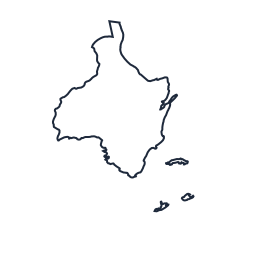 Ilha De Moçambique, Nampula, Mozambique, rotated 51°
{"feature_id": "85939544B37446089230364", "entity_name": "Ilha De Moçambique", "entity_type": "district", "adm_level": 2, "iso_a3": "MOZ", "parent_name": "Mozambique", "parent_adm1": "Nampula", "projection": "equal_earth", "projection_center": [40.649, -15.056], "detail": "fine", "context": "isolated", "style": "outline", "palette": "slate", "viewbox_px": 256, "rotation_deg": 51, "n_neighbors": 0, "source": "geoboundaries", "source_scale": "gbopen_adm2", "svg_char_len": 5876}
<svg xmlns="http://www.w3.org/2000/svg" viewBox="0 0 256 256"><g transform="rotate(51 128 128)"><path d="M91.9,189.6L93.0,190.0L93.7,190.1L94.1,189.7L94.0,188.4L95.1,183.6L95.5,182.7L96.5,181.0L97.1,180.3L97.8,179.9L98.6,179.8L99.1,180.4L99.4,180.1L99.3,179.0L100.2,178.4L101.0,176.5L101.7,175.7L103.0,174.8L103.1,174.6L103.7,174.4L104.9,174.4L105.8,173.8L106.6,172.8L106.8,171.9L106.5,170.5L106.7,170.1L107.4,169.5L107.8,167.7L108.2,166.8L109.8,164.8L111.0,163.1L111.7,161.5L113.2,159.5L114.3,158.7L116.0,157.9L116.5,157.0L117.3,156.6L121.2,155.8L121.5,156.0L121.6,156.7L121.9,157.1L123.5,159.2L124.2,159.9L125.5,160.1L126.6,160.1L127.6,159.7L128.4,159.1L128.8,158.4L129.1,158.1L129.5,158.1L130.0,158.5L131.2,158.4L131.5,158.7L131.6,159.0L131.6,159.5L130.7,160.4L130.4,160.9L130.2,161.8L131.9,161.3L132.4,160.8L133.2,160.3L133.9,160.2L134.7,160.4L135.0,161.0L135.1,161.4L135.2,161.8L135.7,162.2L135.7,162.6L135.2,163.1L134.8,163.6L135.2,164.3L135.7,164.3L136.7,163.8L137.3,163.1L137.5,162.1L138.0,161.1L138.3,161.0L139.1,161.6L139.3,162.5L139.0,162.9L138.8,163.7L138.1,164.7L138.3,165.5L139.5,165.0L140.2,164.9L140.9,165.3L141.4,165.7L143.0,165.6L143.9,164.7L144.9,164.5L146.2,161.8L146.6,161.6L148.1,161.7L149.5,161.3L150.3,161.2L154.1,159.9L154.6,160.1L154.7,160.7L155.1,161.2L155.7,161.3L156.5,161.2L159.7,159.5L161.1,158.1L161.8,157.6L162.0,157.1L162.6,156.8L164.2,157.0L164.8,157.6L165.4,157.5L166.0,157.0L167.6,157.0L168.4,156.5L169.1,155.9L169.6,155.1L169.8,154.0L170.6,152.3L170.5,152.1L169.3,152.2L169.1,151.3L169.1,150.1L169.2,148.9L169.8,147.1L170.3,146.3L170.1,145.0L168.7,141.8L167.6,140.0L166.8,138.2L165.7,137.0L164.9,136.5L164.2,136.3L163.5,136.5L163.0,136.2L161.7,133.3L161.3,131.7L159.3,128.0L158.6,125.5L158.4,124.3L158.5,122.1L159.4,120.8L160.5,120.2L161.1,120.0L161.5,119.5L161.6,118.8L161.3,118.2L160.1,118.0L159.6,117.6L159.4,116.9L159.7,115.9L159.8,114.2L159.8,111.0L159.5,108.5L158.6,106.6L157.8,105.9L157.1,105.4L156.5,105.5L156.2,106.1L155.1,106.0L154.3,105.8L152.1,104.5L151.7,104.1L151.2,102.9L150.7,102.2L149.0,100.8L147.6,99.3L146.1,97.5L145.5,96.5L144.2,95.1L142.8,92.6L142.0,90.4L139.8,86.7L139.4,85.5L138.8,84.5L138.4,83.4L137.1,81.3L136.2,80.4L134.9,79.5L134.8,79.0L134.6,75.9L134.3,72.8L133.6,69.5L133.2,69.3L132.7,69.3L132.5,69.6L132.3,70.2L131.9,73.2L132.1,74.8L132.9,77.3L133.2,78.8L133.9,80.3L134.0,81.1L133.3,83.5L133.4,85.3L134.4,86.6L134.5,87.4L134.4,89.1L134.1,90.3L134.2,90.9L133.9,91.2L132.8,89.3L132.0,88.6L131.7,88.0L131.6,86.3L131.1,84.4L130.6,84.3L130.1,84.9L129.3,85.2L128.8,85.0L128.8,84.5L129.4,83.7L129.6,83.1L129.7,82.2L129.6,81.0L129.1,79.0L127.7,76.6L127.2,75.9L126.5,74.5L125.9,74.0L125.2,72.8L124.7,72.5L123.3,72.5L122.3,71.6L122.3,71.2L122.0,70.9L121.3,70.7L121.0,70.3L120.7,69.6L120.1,68.8L119.5,68.4L117.1,68.0L114.4,66.1L113.5,65.9L112.9,66.3L112.4,66.8L111.8,67.6L111.0,70.1L110.0,72.2L109.5,74.4L108.9,75.0L107.8,74.7L107.1,77.8L106.7,78.3L105.6,81.2L104.2,82.5L103.7,82.8L94.6,84.4L93.8,84.9L92.4,84.9L92.0,84.7L90.5,84.4L89.5,83.8L86.4,83.9L84.4,84.4L83.9,84.8L82.9,85.0L80.2,86.2L76.0,86.8L71.8,87.0L66.8,86.7L66.4,86.5L66.0,86.5L63.6,85.5L62.2,84.7L61.8,84.2L60.9,83.5L60.5,82.8L59.9,82.6L59.3,81.8L58.7,81.3L57.2,78.9L56.2,76.7L54.3,74.5L52.5,72.9L50.5,71.9L49.4,71.7L48.4,71.3L47.9,71.3L47.0,70.8L46.5,70.8L44.3,69.7L43.8,69.7L42.8,69.3L41.8,69.1L40.8,68.2L33.3,75.3L47.6,82.5L45.2,84.7L44.9,85.3L44.4,85.7L44.2,86.4L43.3,87.4L42.4,88.7L41.6,90.6L41.0,92.9L40.5,96.1L40.5,99.4L41.1,102.6L41.7,103.9L42.5,105.1L44.1,104.4L45.1,104.4L47.3,105.6L49.9,105.6L51.1,105.9L52.3,106.3L55.7,109.3L56.8,109.9L58.9,110.1L60.1,109.9L60.8,110.5L61.8,112.1L62.3,113.5L63.1,114.4L64.5,116.5L66.6,117.9L66.9,118.6L67.1,119.4L66.5,122.8L66.5,124.5L66.8,126.0L66.7,126.4L66.9,127.4L66.8,128.2L66.6,129.1L65.8,131.2L65.7,132.3L66.0,133.3L66.5,134.0L66.9,134.3L67.2,135.0L67.5,136.1L67.4,137.4L67.1,138.9L65.3,141.9L65.2,142.6L65.0,143.4L64.5,143.9L63.3,144.3L62.5,146.4L62.5,147.3L62.8,149.5L63.4,152.2L63.7,153.2L63.9,155.6L63.8,158.1L63.1,159.4L62.8,161.7L62.9,162.3L63.9,162.9L65.3,163.2L66.0,163.8L66.5,164.7L66.9,166.2L68.0,167.5L68.2,168.3L68.2,170.6L67.6,172.1L67.8,173.2L68.6,174.0L70.5,174.5L72.2,175.8L73.1,177.2L73.5,178.3L74.3,180.0L75.7,182.2L76.2,182.5L76.8,183.1L78.0,183.4L78.9,183.7L79.6,184.4L80.6,184.9L84.8,183.4L85.7,182.8L86.8,182.8L88.4,184.1L89.7,186.2L90.2,187.5L91.1,188.8L91.9,189.6ZM191.9,106.9L192.0,105.4L192.7,104.4L192.6,103.7L191.8,102.7L191.3,102.7L190.1,103.9L189.6,104.2L188.8,104.3L188.2,104.7L186.5,105.2L186.0,106.1L185.8,106.3L185.4,106.1L184.9,106.2L184.4,107.8L182.8,109.7L181.2,113.3L180.6,114.2L180.5,115.1L180.5,117.7L179.9,118.6L180.0,118.8L179.6,120.0L179.3,120.6L179.6,120.8L180.3,120.6L180.6,120.1L181.8,119.0L182.3,118.4L182.6,118.1L182.7,118.5L183.1,118.6L183.5,118.0L183.9,116.7L183.6,116.2L183.4,115.4L184.8,113.1L185.9,110.5L186.7,110.2L187.2,110.6L187.8,110.6L188.3,109.9L188.9,109.5L189.0,108.5L188.4,108.5L188.3,108.0L189.4,107.6L189.8,107.0L190.3,106.8L190.8,107.0L191.0,106.8L191.5,107.4L191.9,106.9ZM213.3,149.0L213.3,145.4L212.9,144.8L212.5,145.1L212.6,146.9L212.6,147.4L212.2,147.4L211.9,147.1L211.7,145.9L211.5,145.5L211.0,145.3L210.6,145.6L210.3,146.2L209.4,147.3L209.3,148.2L208.8,149.0L208.4,149.1L206.2,148.5L206.0,148.9L206.5,149.4L209.5,150.8L210.0,151.7L210.1,152.5L210.6,152.7L210.6,154.6L210.1,155.0L209.6,155.1L209.6,156.2L208.7,156.9L208.6,158.0L208.9,158.9L209.3,159.6L210.8,158.1L211.5,155.4L212.7,153.5L213.3,149.0ZM221.8,124.6L222.6,122.1L222.7,121.0L222.3,120.1L221.6,120.1L221.6,121.6L221.4,122.2L221.0,123.0L220.6,123.1L220.1,122.9L219.3,123.1L218.6,123.1L218.4,122.4L218.5,121.7L218.1,121.8L217.7,122.4L217.0,122.6L216.5,123.6L216.5,126.7L216.9,127.7L216.2,129.3L216.3,130.0L216.6,130.4L218.1,130.5L219.5,130.0L219.9,129.6L220.2,129.2L221.1,127.3L220.9,126.6L221.7,125.3L221.8,124.6Z" fill="none" stroke="#1e293b" stroke-width="2"/></g></svg>